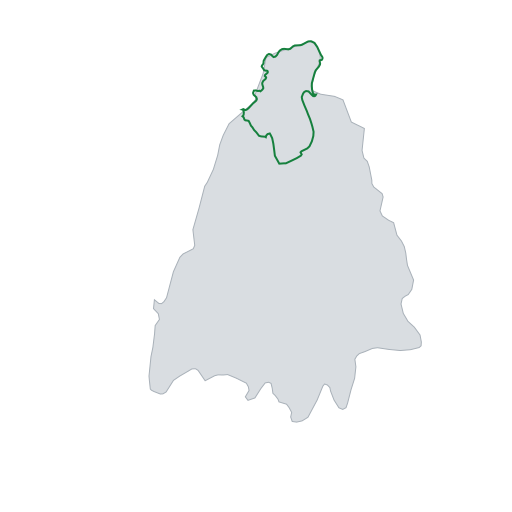 Una-Sana highlighted on a map of Bosnia and Herzegovina, rotated 64°
{"feature_id": "BIH-2225", "entity_name": "Una-Sana", "entity_type": "Canton", "adm_level": 1, "iso_a3": "BIH", "parent_name": "Bosnia and Herzegovina", "parent_adm1": "", "projection": "robinson", "projection_center": [16.171, 44.785], "detail": "fine", "context": "in_parent", "style": "outline", "palette": "green", "viewbox_px": 512, "rotation_deg": 64, "n_neighbors": 0, "source": "natural_earth", "source_scale": "10m", "svg_char_len": 3846}
<svg xmlns="http://www.w3.org/2000/svg" viewBox="0 0 512 512"><g transform="rotate(64 256 256)"><path d="M409.1,147.0L409.8,149.5L407.9,158.3L404.2,167.8L398.1,177.7L391.7,187.0L390.1,191.9L389.7,199.7L389.0,205.9L390.0,209.2L392.1,212.4L399.4,214.8L409.2,221.0L417.7,229.1L428.4,238.2L431.8,241.6L431.9,245.3L428.8,248.0L419.7,249.0L410.2,248.2L406.6,247.3L403.2,248.4L401.1,250.5L402.3,253.0L412.2,264.1L423.7,280.0L424.4,286.9L423.1,292.3L420.6,296.0L415.9,295.4L412.2,292.5L406.8,292.7L402.6,293.5L397.2,299.3L394.4,299.0L389.8,299.9L386.8,301.0L382.0,299.4L377.1,298.3L375.0,300.0L374.1,303.4L377.2,309.6L383.1,319.2L382.2,326.5L377.9,327.3L373.8,321.2L370.2,320.2L366.1,320.4L356.9,327.5L350.1,333.5L348.6,337.6L346.2,342.2L345.5,345.5L345.8,356.4L333.4,358.2L330.8,359.8L329.4,363.1L330.5,377.2L331.6,384.7L338.8,396.4L339.1,400.1L338.1,402.5L333.1,407.1L330.8,408.8L329.2,409.3L320.9,406.3L317.0,404.8L300.4,394.5L293.0,388.8L281.5,381.3L274.3,377.1L270.7,370.6L265.0,369.1L258.4,371.2L250.8,366.5L256.1,364.1L257.4,361.8L256.7,358.8L254.3,354.7L233.9,337.1L223.8,325.0L222.2,320.7L222.0,309.2L219.6,306.4L204.7,301.2L188.0,286.2L170.8,271.5L168.4,267.4L159.5,256.4L148.7,246.3L140.1,239.8L133.1,232.5L125.3,222.2L121.2,206.8L117.6,193.0L115.2,187.7L110.3,185.8L95.0,169.5L82.0,160.0L82.1,149.8L84.3,132.7L86.7,113.6L89.9,110.9L95.8,109.5L102.6,110.0L108.4,112.4L120.1,125.5L126.8,130.6L132.4,132.6L138.9,127.0L146.9,115.5L153.8,109.4L177.4,111.6L188.9,102.7L207.6,114.4L215.3,116.1L219.7,114.5L225.6,115.2L238.7,118.7L241.7,120.1L245.7,119.9L255.3,115.3L258.7,115.9L269.8,124.8L275.4,124.9L282.1,121.1L286.4,117.7L299.1,120.2L306.4,118.7L312.5,118.6L319.0,120.1L325.1,122.2L330.9,124.0L346.7,124.9L354.3,130.6L357.4,136.1L357.5,139.5L358.3,143.2L362.7,146.7L372.2,148.8L378.2,148.3L381.3,148.1L389.4,144.9L398.9,143.2L405.8,145.1L409.1,147.0Z" fill="#d9dde1" stroke="#a8b0b8" stroke-width="1"/><path d="M134.5,133.4L136.7,132.9L137.2,131.3L137.5,131.7L138.0,132.5L138.0,133.4L137.4,134.5L135.4,135.3L131.1,136.6L129.7,138.7L129.7,140.6L130.6,142.4L133.2,145.2L136.0,146.0L142.0,146.5L148.3,146.8L151.2,147.1L156.5,147.4L161.4,148.1L164.8,148.7L169.6,149.8L173.3,151.9L177.4,155.5L180.9,159.9L181.8,162.8L181.8,167.3L181.8,169.2L182.3,170.5L184.7,170.4L185.5,171.7L185.9,176.4L185.9,182.0L185.8,188.5L184.9,190.4L184.0,192.7L183.2,194.6L179.3,194.8L174.2,195.1L169.0,193.3L162.7,191.2L157.2,189.8L153.7,189.8L151.9,189.9L151.5,192.2L152.3,194.1L153.5,195.1L152.8,195.5L150.8,198.9L149.3,200.6L144.9,201.5L141.9,202.5L138.8,202.8L136.7,203.4L133.5,203.3L131.3,203.4L130.0,205.1L129.4,206.1L128.3,206.6L126.0,206.3L125.0,206.7L124.5,206.9L124.2,205.9L123.3,205.0L121.4,203.9L119.7,203.6L118.7,203.5L118.4,203.9L118.4,203.0L119.0,202.5L119.8,202.1L120.3,201.3L120.3,199.5L119.7,197.4L117.5,191.8L117.0,189.6L116.4,187.6L115.3,186.4L113.4,186.1L110.1,187.4L108.2,187.2L106.4,185.4L107.1,183.6L108.6,181.9L109.0,180.4L109.7,180.0L109.9,179.9L109.6,178.4L109.1,177.0L108.4,175.9L107.3,175.5L105.1,175.2L103.9,174.9L103.0,174.3L101.8,172.7L101.1,169.9L100.2,168.7L99.5,168.6L98.7,169.0L98.0,169.2L97.3,168.6L97.0,167.6L96.7,166.4L96.4,165.3L95.8,164.7L94.6,164.6L94.0,165.3L93.5,166.3L92.8,167.0L92.0,167.3L90.4,167.4L89.6,167.6L88.2,167.8L87.4,167.1L86.9,165.9L86.2,164.9L84.0,163.6L83.5,163.0L81.2,159.6L80.2,157.7L80.1,155.8L81.5,154.2L83.3,153.7L84.9,153.0L85.3,151.1L84.5,148.9L83.0,146.9L81.8,144.6L81.5,141.8L81.8,140.9L82.2,139.8L84.5,136.3L84.8,134.3L83.8,130.9L83.8,128.8L85.9,124.0L86.3,122.3L86.0,115.7L86.1,114.8L87.1,112.4L88.0,111.6L90.1,110.0L94.9,109.3L103.6,109.5L105.7,109.2L106.7,109.2L107.7,109.7L108.5,110.7L108.5,111.6L108.1,112.5L108.1,113.0L108.9,113.5L110.9,113.9L112.0,114.6L113.4,116.6L115.3,121.0L116.9,122.8L125.1,130.0L127.7,131.4L131.1,132.7L134.5,133.4Z" fill="none" stroke="#15803d" stroke-width="2"/></g></svg>